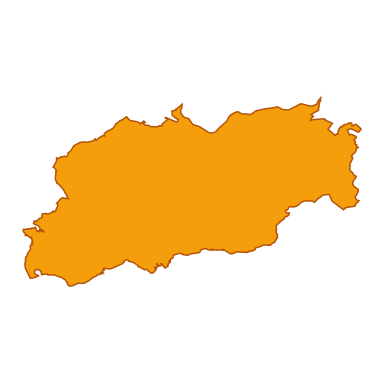 Sighetu Marmatiei, Maramures, Romania (Robinson projection)
{"feature_id": "2599482B88825204497401", "entity_name": "Sighetu Marmatiei", "entity_type": "district", "adm_level": 2, "iso_a3": "ROU", "parent_name": "Romania", "parent_adm1": "Maramures", "projection": "robinson", "projection_center": [23.83, 47.897], "detail": "fine", "context": "isolated", "style": "filled", "palette": "amber", "viewbox_px": 384, "rotation_deg": 0, "n_neighbors": 0, "source": "geoboundaries", "source_scale": "gbopen_adm2", "svg_char_len": 5970}
<svg xmlns="http://www.w3.org/2000/svg" viewBox="0 0 384 384"><path d="M275.2,241.6L275.3,240.6L276.5,239.3L276.8,238.1L277.5,237.8L277.2,237.1L277.6,236.6L277.1,235.7L277.5,234.3L276.6,234.0L276.0,230.5L276.6,229.7L276.1,228.6L276.4,225.4L278.4,223.6L278.5,223.0L279.5,222.7L280.1,221.7L280.6,221.7L281.4,220.7L284.0,219.1L285.3,216.7L287.3,216.3L288.8,215.0L289.2,212.9L287.5,213.2L285.6,211.8L285.5,211.1L286.2,210.0L287.4,209.9L288.3,208.7L288.4,207.8L289.5,206.6L292.8,207.0L295.4,206.6L298.6,204.9L301.3,202.2L304.8,200.9L308.9,201.1L311.0,200.6L314.6,202.2L318.2,198.4L320.6,197.2L321.7,195.6L326.5,194.5L329.3,194.6L332.1,201.1L343.6,209.8L345.3,208.0L348.0,207.2L355.0,206.2L356.0,203.4L357.8,202.2L358.9,200.7L356.5,199.8L355.4,198.3L355.3,196.4L356.5,195.1L358.2,191.5L358.2,189.3L353.6,186.1L352.7,183.4L353.1,181.7L353.6,180.4L355.8,177.8L356.2,176.8L355.7,175.8L354.4,175.9L352.5,172.6L350.7,171.1L349.6,169.4L350.1,166.1L349.8,164.3L352.4,159.0L352.7,157.5L351.4,156.8L351.9,156.2L352.1,155.1L355.6,151.8L356.4,148.5L358.2,147.5L356.1,145.7L356.7,144.8L354.8,143.7L355.5,141.9L354.0,140.2L356.4,137.5L355.9,136.5L351.5,134.3L349.5,135.0L347.4,130.1L348.9,129.1L351.6,128.9L357.8,132.1L358.8,132.1L359.3,130.7L360.3,130.5L361.0,128.8L356.4,124.5L354.4,124.6L353.0,125.8L351.9,125.8L351.8,123.3L350.9,122.9L348.6,123.1L348.6,123.7L343.2,125.1L343.1,125.9L342.1,127.0L341.0,126.4L339.2,128.6L338.3,131.0L337.9,133.8L337.5,134.2L337.0,133.8L335.1,135.3L328.0,129.3L332.4,123.4L327.5,121.1L326.8,121.1L325.4,120.2L325.7,119.9L324.3,118.8L313.4,119.6L310.5,120.5L311.3,118.9L311.3,118.2L313.4,116.5L311.3,114.7L314.1,112.5L317.4,111.1L318.4,110.3L319.6,102.0L320.5,101.1L320.7,97.8L318.1,101.1L316.9,104.2L312.5,106.0L309.8,106.0L301.8,103.9L300.4,103.9L289.4,109.6L287.1,110.0L282.4,109.4L277.5,106.8L277.0,106.8L274.2,107.6L265.2,108.8L257.3,110.5L255.2,111.3L251.7,114.0L250.3,114.5L245.4,113.9L241.9,114.0L238.0,111.7L234.9,112.5L230.4,115.1L228.8,117.0L226.6,121.4L219.2,127.9L215.7,131.8L212.5,133.1L209.1,132.7L199.4,126.6L192.8,124.5L188.6,118.5L184.9,117.7L182.8,116.0L180.7,112.4L180.7,110.9L182.0,106.5L182.1,104.3L176.5,109.1L175.8,109.2L176.0,110.0L171.8,111.1L172.1,111.9L172.2,115.2L175.8,118.3L178.4,119.6L176.9,122.2L167.6,118.4L166.1,117.4L165.2,117.9L167.9,119.2L162.0,124.2L162.4,125.6L159.9,126.0L159.0,125.8L157.5,126.8L150.3,126.6L149.0,125.5L144.9,125.1L144.7,124.4L143.4,124.0L143.9,122.6L145.1,122.2L143.8,121.0L142.4,122.4L141.3,122.7L140.6,124.0L139.3,122.8L136.4,121.6L130.3,120.6L128.1,118.7L127.2,117.2L126.3,116.8L122.8,119.6L120.0,120.7L118.0,122.5L116.2,123.5L115.3,125.2L113.2,128.1L110.4,129.9L107.7,130.9L104.5,133.4L104.0,135.0L104.7,135.8L102.4,135.9L100.8,136.5L100.2,137.3L98.7,138.0L96.2,140.3L95.5,140.0L95.1,138.9L93.7,140.4L90.0,141.8L89.1,141.7L87.5,142.3L83.1,141.8L79.0,142.9L73.8,145.8L70.5,151.2L68.0,152.9L67.6,155.4L66.9,156.4L65.4,156.7L64.6,156.1L62.0,157.1L61.5,156.6L58.9,158.0L58.3,158.7L56.6,157.9L56.5,161.0L53.2,167.3L54.0,167.5L56.4,170.4L56.4,170.9L55.8,171.4L56.0,173.0L55.4,177.4L55.5,179.9L57.2,182.9L57.0,183.4L57.6,183.4L59.6,185.3L63.5,189.7L65.4,193.4L66.2,193.7L66.3,195.1L67.4,196.0L67.1,197.8L68.1,198.6L64.5,198.3L63.0,197.6L61.2,198.5L59.7,199.8L58.4,201.8L56.5,203.3L57.7,204.3L57.8,205.7L55.4,210.9L55.7,211.1L55.4,211.6L53.6,211.5L53.1,211.0L52.5,211.3L52.2,212.3L48.1,214.1L47.0,214.1L46.2,213.4L42.4,213.8L42.0,214.5L42.1,215.7L41.8,216.2L42.1,216.8L41.8,217.8L39.3,218.4L37.6,220.5L36.6,220.6L36.0,221.6L34.1,221.1L34.2,222.0L33.5,223.2L34.8,224.4L37.0,225.1L39.1,226.8L40.1,228.6L39.8,229.7L40.8,229.6L43.3,230.6L43.7,231.8L41.4,231.4L40.1,230.5L39.3,230.3L38.8,231.1L38.0,230.9L38.5,231.5L37.2,231.2L35.9,229.5L36.1,228.3L35.0,227.3L34.0,228.0L31.6,228.2L31.4,228.7L27.9,228.8L27.7,229.2L25.9,229.1L24.9,229.7L23.7,229.2L23.0,230.5L23.9,232.4L25.5,233.7L25.3,235.3L26.6,234.8L26.6,235.6L28.0,235.8L28.8,236.9L30.7,237.1L31.5,237.7L30.9,238.2L31.9,238.7L32.0,240.6L32.8,241.5L31.8,242.5L32.2,242.7L32.0,243.8L32.3,244.6L31.5,244.3L31.3,245.1L30.8,245.1L30.2,245.9L30.5,249.3L27.5,253.5L27.2,255.6L25.9,256.9L25.9,257.6L25.5,257.9L25.5,261.2L24.9,263.8L25.3,268.0L30.2,278.2L33.4,277.9L38.5,276.0L38.4,275.6L35.1,273.9L34.4,272.5L34.7,271.2L35.5,270.0L37.5,269.3L41.1,271.2L41.2,272.9L41.7,274.7L45.6,274.0L47.5,274.3L48.1,275.1L49.0,274.7L51.8,275.1L53.3,274.7L61.8,277.6L65.9,280.3L68.0,285.1L69.8,286.2L73.2,285.5L78.1,283.2L83.1,283.4L85.0,282.8L88.9,280.7L93.0,277.5L96.6,275.9L97.6,274.4L99.9,274.5L100.4,273.8L101.9,273.7L101.5,273.4L101.9,273.0L101.5,272.8L102.5,272.6L102.2,272.1L102.5,271.9L103.1,272.3L102.4,270.7L103.5,270.2L103.2,269.7L103.7,270.2L104.2,270.0L103.3,269.5L103.5,269.0L104.0,268.9L103.9,268.2L109.5,268.9L110.9,268.8L122.3,263.8L124.2,262.0L124.0,261.2L125.8,260.0L127.7,259.9L128.6,261.2L133.1,262.3L136.7,264.6L137.6,265.3L138.1,266.7L139.1,266.7L144.5,269.8L145.6,269.2L146.7,269.6L151.1,273.2L153.3,272.8L155.9,269.9L154.9,268.4L155.8,268.1L156.2,268.5L156.6,268.1L155.5,267.5L154.9,267.8L154.9,267.3L156.1,267.3L157.9,266.4L157.6,265.6L157.9,265.3L157.3,265.0L157.3,264.1L155.9,263.8L157.4,263.9L158.6,265.7L159.6,266.1L161.2,265.3L161.4,264.8L161.0,263.9L161.6,263.7L162.3,264.2L162.6,265.1L164.5,267.7L165.7,267.9L166.0,267.1L167.9,266.4L167.6,265.2L168.3,264.6L168.2,263.8L170.0,262.5L170.1,261.7L170.9,260.8L169.3,261.8L169.0,261.5L169.5,260.3L170.4,260.0L170.8,258.9L171.8,258.8L172.4,258.3L173.3,256.9L173.4,255.2L179.2,253.3L180.7,253.5L183.9,254.9L188.2,255.2L190.1,253.9L198.6,252.8L200.1,251.9L200.6,250.5L201.3,249.8L202.4,249.2L205.7,248.6L209.5,250.2L210.6,249.8L211.6,250.1L211.1,249.4L212.2,249.2L213.8,249.9L217.8,250.1L219.1,249.7L222.9,250.4L223.3,250.1L223.3,249.5L230.4,253.8L233.6,253.5L235.4,252.2L237.1,251.9L247.5,252.4L249.1,251.7L249.3,250.9L250.3,251.4L252.2,251.0L255.2,249.5L255.4,248.3L255.9,247.8L260.8,246.4L263.1,245.0L270.2,245.3L271.1,244.3L275.2,241.6Z" fill="#f59e0b" stroke="#b45309" stroke-width="1.5"/></svg>